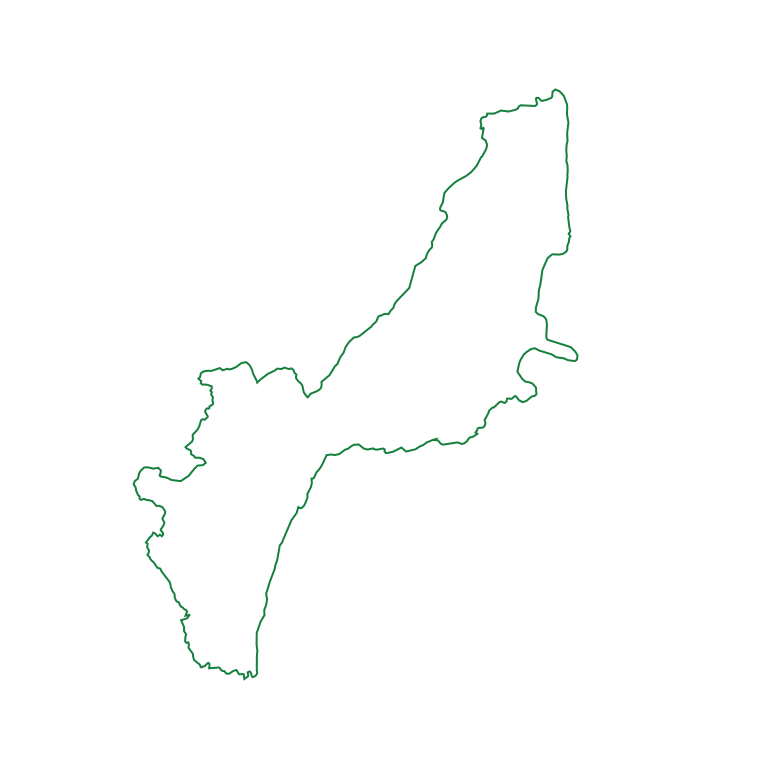 outline of Garabito, Puntarenas, Costa Rica, rotated 230°
{"feature_id": "36466004B76673798564195", "entity_name": "Garabito", "entity_type": "district", "adm_level": 2, "iso_a3": "CRI", "parent_name": "Costa Rica", "parent_adm1": "Puntarenas", "projection": "natural_earth1", "projection_center": [-84.613, 9.708], "detail": "fine", "context": "isolated", "style": "outline", "palette": "green", "viewbox_px": 768, "rotation_deg": 230, "n_neighbors": 0, "source": "geoboundaries", "source_scale": "gbopen_adm2", "svg_char_len": 6073}
<svg xmlns="http://www.w3.org/2000/svg" viewBox="0 0 768 768"><g transform="rotate(230 384 384)"><path d="M469.8,130.6L468.1,127.7L464.8,127.4L461.3,125.5L457.1,124.2L454.9,124.5L453.4,123.1L451.8,123.1L451.1,123.8L450.9,125.3L449.6,126.8L447.8,127.5L446.4,129.0L443.1,131.3L436.8,131.3L435.3,133.4L432.1,135.1L427.4,134.6L425.7,133.3L423.3,127.7L419.0,126.6L418.4,126.0L417.2,123.6L416.1,119.4L415.4,119.0L411.7,118.9L410.4,117.5L410.2,116.0L412.6,115.5L412.8,112.8L416.4,112.6L418.5,111.7L417.1,108.8L417.0,105.9L415.6,99.8L413.5,100.2L411.2,97.6L407.4,97.0L405.8,95.0L405.2,92.9L401.2,93.1L400.4,92.5L398.0,92.5L395.5,92.9L388.8,92.3L386.7,93.8L385.7,93.8L383.3,93.1L370.0,92.5L367.7,91.6L365.7,90.2L361.0,88.8L358.6,88.7L356.8,88.0L355.3,86.6L352.0,85.5L350.2,85.5L349.2,86.3L347.8,86.3L345.9,85.5L343.5,85.5L342.2,86.1L339.6,86.3L338.6,87.0L336.4,87.0L334.1,83.0L332.5,86.3L332.0,86.4L331.1,82.5L333.5,76.7L326.2,74.6L323.3,72.0L319.4,71.5L317.9,69.3L314.7,66.2L312.6,66.3L312.1,67.8L311.4,67.9L310.0,67.2L307.6,64.7L300.0,64.1L298.0,62.6L294.6,61.1L287.5,62.5L284.9,61.6L284.1,62.2L284.0,64.0L283.1,64.7L283.5,69.3L283.1,70.3L281.8,70.3L280.2,69.1L278.7,67.3L273.0,75.2L272.2,75.7L269.6,75.3L267.9,75.9L266.7,77.1L263.5,77.1L261.6,79.1L261.1,83.9L259.8,87.1L254.8,86.4L252.0,90.0L247.8,87.4L247.5,91.8L248.3,92.9L250.7,94.1L250.4,95.9L249.9,96.5L248.8,96.5L245.6,95.1L244.1,94.9L243.7,95.2L243.1,97.3L243.2,99.0L244.0,101.0L246.7,102.7L257.6,112.0L261.0,115.5L266.2,118.8L275.1,126.5L281.4,137.0L283.8,143.9L287.8,146.9L290.3,151.4L294.2,156.1L299.0,158.8L306.0,169.6L312.8,181.8L314.7,183.8L317.8,189.0L327.4,200.5L327.9,203.4L339.2,225.7L341.4,234.3L344.8,239.2L342.6,240.1L341.9,241.4L342.2,244.4L343.5,247.7L346.4,252.6L348.9,254.5L351.8,261.3L354.4,265.0L358.1,267.7L357.3,268.5L357.1,269.9L359.7,275.4L360.4,280.1L361.8,284.4L366.4,294.3L363.8,298.4L361.4,300.4L359.1,304.6L358.7,311.9L357.5,315.0L357.4,318.8L356.8,321.8L354.0,325.7L347.4,327.1L344.4,329.3L341.7,334.2L339.5,335.1L338.2,336.5L335.0,342.0L333.4,342.5L332.2,341.2L330.1,341.0L329.0,342.1L326.4,347.2L324.1,356.5L318.1,357.5L313.8,366.0L313.0,372.0L312.0,374.8L311.8,379.0L309.6,386.0L308.6,388.0L308.5,386.7L306.2,389.1L301.8,389.1L299.5,390.3L292.4,402.2L291.3,403.3L288.1,405.0L287.1,406.9L286.8,410.5L287.8,414.2L287.8,415.9L286.7,417.2L286.4,418.2L285.8,423.5L288.1,422.9L288.7,425.8L289.6,426.8L289.6,428.2L287.3,431.3L286.9,433.2L287.6,434.9L289.2,436.9L291.7,437.8L294.5,445.0L296.0,447.5L296.2,452.1L295.4,453.1L295.9,460.7L295.1,462.7L292.8,463.6L291.8,464.5L291.9,466.7L293.6,468.7L293.3,469.5L290.6,472.2L290.6,476.7L289.4,477.2L284.4,477.0L282.9,478.0L281.5,478.1L280.3,479.8L279.5,482.7L279.5,489.3L278.1,491.4L278.1,494.1L283.6,498.1L287.9,498.1L289.6,497.7L293.2,495.5L294.5,494.1L296.2,493.5L299.6,493.2L307.7,494.1L313.3,501.4L314.6,503.8L316.7,509.8L316.9,513.3L316.3,518.9L314.5,522.5L309.7,524.5L299.3,531.3L293.6,533.3L288.6,537.9L284.0,540.3L279.6,544.2L278.7,545.7L278.7,547.5L281.6,550.7L285.7,551.3L292.2,550.8L312.8,537.7L314.9,538.1L316.6,539.3L324.7,547.0L329.3,549.8L333.2,549.8L338.7,546.9L341.7,546.6L344.9,549.5L349.9,557.0L356.4,563.1L360.0,568.1L369.5,578.6L375.2,590.1L375.3,595.4L375.0,596.5L370.5,601.4L369.0,604.0L368.4,606.2L368.4,609.3L369.4,611.1L371.9,613.1L373.9,616.8L376.5,619.5L377.3,621.7L380.4,622.0L380.9,624.4L381.5,625.1L384.7,626.6L393.5,632.3L394.8,634.0L400.2,636.9L402.9,639.3L409.0,642.8L414.9,647.4L424.9,658.0L426.4,658.9L428.9,661.5L433.3,665.0L437.7,667.1L441.4,670.7L445.8,673.8L449.9,677.7L452.2,680.8L458.5,685.6L465.7,693.3L473.0,697.5L478.7,702.7L480.8,704.0L488.8,706.9L492.3,706.9L495.7,706.5L499.5,704.5L499.5,700.9L495.9,697.4L495.7,695.9L497.3,690.8L499.6,686.6L503.8,686.3L505.2,684.7L504.7,683.6L500.4,681.4L499.7,680.6L499.9,678.4L509.8,667.7L509.8,665.0L509.0,663.6L509.5,661.1L512.6,654.6L518.2,649.5L520.4,642.1L524.8,636.9L523.5,635.3L523.2,634.1L524.7,631.2L524.9,629.3L523.4,626.9L519.7,624.9L517.9,622.3L516.6,622.7L516.5,624.7L515.7,624.6L509.5,617.2L505.2,618.4L501.1,616.8L498.5,613.7L495.3,605.7L495.2,603.8L491.6,595.3L490.3,587.1L490.5,581.1L492.7,569.8L492.9,567.0L492.5,559.5L491.5,553.0L485.2,545.7L483.2,540.8L481.9,539.2L480.5,539.0L477.5,541.0L476.0,541.6L472.6,540.6L470.6,539.1L469.8,537.0L469.8,531.7L468.4,528.3L466.3,520.9L463.0,515.2L462.1,511.9L459.6,510.4L457.8,508.4L457.6,505.2L456.7,502.6L455.4,499.5L453.5,496.9L453.3,490.8L454.3,483.9L441.3,465.0L439.4,446.9L438.4,443.4L436.3,440.1L435.9,435.9L434.7,432.9L434.8,432.0L436.1,431.1L437.8,428.3L438.2,426.1L439.2,424.1L439.2,422.7L436.9,418.4L436.5,412.4L436.1,411.3L436.5,396.2L437.3,393.5L439.0,390.8L438.6,384.3L437.1,378.6L434.0,373.2L432.5,367.5L429.3,361.1L429.1,357.8L425.8,347.9L425.8,337.4L423.6,335.9L421.9,333.8L421.2,332.1L421.5,328.2L423.6,322.0L423.5,319.9L422.8,317.8L423.0,316.8L429.2,317.2L434.9,320.3L437.7,320.7L441.7,320.1L444.6,320.3L445.9,321.0L447.5,323.0L450.1,322.6L452.8,323.6L455.3,323.2L456.8,320.6L460.6,318.2L461.3,315.2L464.3,312.2L464.7,307.9L466.4,301.7L466.8,292.6L466.6,287.8L467.7,288.4L476.2,290.4L479.4,291.9L483.9,293.1L488.3,292.8L490.0,291.6L491.7,288.0L492.0,282.0L493.3,277.3L494.7,274.7L496.3,273.9L498.2,269.2L501.8,268.4L504.4,261.6L505.8,259.1L507.1,258.0L508.9,255.2L509.9,252.7L509.8,250.4L507.6,247.7L507.3,245.2L503.7,245.9L502.5,244.2L500.5,244.3L497.6,247.7L493.0,250.5L491.4,249.4L490.5,246.7L488.4,246.9L487.1,244.8L483.9,244.5L481.7,242.0L479.1,240.8L478.5,239.9L478.5,238.7L479.1,236.0L477.8,234.8L477.9,233.7L479.1,232.8L478.9,230.9L477.8,229.1L472.5,228.2L472.0,227.7L471.9,223.7L473.7,222.3L473.8,220.5L470.2,215.1L468.9,211.7L468.0,204.7L464.3,201.9L463.3,199.9L463.3,191.4L461.5,191.4L457.8,193.0L456.4,193.0L454.3,191.1L450.8,192.2L448.8,192.0L446.2,195.2L442.5,197.4L438.2,196.8L438.3,193.0L441.3,188.8L441.0,184.4L439.2,175.4L440.3,165.8L447.1,159.5L451.9,157.4L456.9,153.3L458.4,153.5L459.0,155.0L461.1,157.5L464.9,157.2L467.3,153.1L471.4,150.0L473.4,147.8L474.2,146.6L474.0,141.9L472.8,138.7L469.7,134.8L469.8,130.6Z" fill="none" stroke="#15803d" stroke-width="2"/></g></svg>